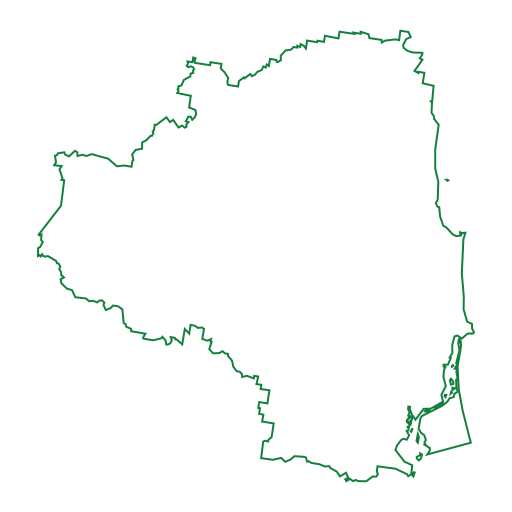 outline of Sunshine Coast, Queensland, Australia
{"feature_id": "25037944B96271376045080", "entity_name": "Sunshine Coast", "entity_type": "district", "adm_level": 2, "iso_a3": "AUS", "parent_name": "Australia", "parent_adm1": "Queensland", "projection": "albers", "projection_center": [153.027, -26.708], "detail": "fine", "context": "isolated", "style": "outline", "palette": "green", "viewbox_px": 512, "rotation_deg": 0, "n_neighbors": 0, "source": "geoboundaries", "source_scale": "gbopen_adm2", "svg_char_len": 5983}
<svg xmlns="http://www.w3.org/2000/svg" viewBox="0 0 512 512"><path d="M55.0,155.8L56.0,162.5L54.2,165.2L61.6,166.1L59.5,169.3L62.5,178.6L61.5,179.9L64.2,180.2L61.0,205.7L38.6,234.7L39.7,235.5L41.5,234.5L41.1,240.0L42.8,241.9L40.2,246.9L38.1,248.2L38.0,256.0L39.7,255.1L40.5,256.4L42.2,254.3L42.8,255.8L45.2,256.6L48.0,256.1L56.1,260.9L56.9,263.2L58.4,263.4L60.4,266.6L59.2,268.9L61.1,272.2L61.3,275.3L63.9,277.4L60.6,279.3L61.3,283.1L66.8,288.6L72.0,290.1L75.3,297.2L86.1,298.5L89.0,301.2L93.1,300.8L97.1,302.4L99.2,300.7L101.9,300.3L104.3,302.5L103.5,305.0L105.8,310.0L110.7,308.1L113.0,305.5L118.2,306.3L122.4,309.4L123.7,323.0L125.7,324.2L126.2,326.7L131.0,328.8L131.2,331.2L145.4,333.7L143.0,337.7L143.7,338.7L153.1,340.3L161.5,338.2L162.4,336.8L165.6,340.5L166.2,344.3L167.4,344.7L170.2,343.4L171.8,340.4L170.7,337.1L174.8,337.8L175.2,339.2L176.8,339.5L182.2,344.4L184.8,329.0L189.2,333.6L190.6,324.9L194.8,325.7L197.8,327.9L201.8,327.5L204.0,328.8L202.3,338.9L207.5,340.7L211.1,339.0L210.6,341.7L211.6,341.9L209.3,349.2L213.0,353.3L219.3,353.1L222.5,351.2L224.8,353.3L228.0,353.9L228.1,356.1L232.0,360.6L233.3,366.7L236.7,371.2L240.0,371.9L242.0,374.4L242.2,377.0L246.9,375.8L253.8,378.4L254.2,375.9L258.2,376.5L256.5,384.1L261.3,384.8L260.7,389.0L269.4,390.3L267.4,403.4L259.2,402.1L258.3,408.0L260.0,408.2L259.1,413.9L263.4,414.6L262.1,421.6L273.7,423.4L271.6,437.2L268.5,439.7L268.2,441.5L265.2,440.7L263.2,441.6L261.1,458.1L272.7,459.8L281.1,457.9L285.2,461.8L290.4,459.6L294.3,456.2L304.1,456.8L305.9,457.5L307.2,461.7L308.6,461.2L311.3,462.9L319.6,464.3L324.9,466.5L329.2,466.1L330.2,467.9L336.9,471.7L339.9,476.4L346.0,472.8L348.2,477.6L345.3,479.3L346.4,481.2L349.9,478.9L353.3,481.2L355.7,479.9L358.1,481.1L366.3,481.3L372.5,476.6L376.3,476.6L377.9,474.3L376.8,471.3L377.5,466.3L395.5,468.7L407.1,474.3L408.2,476.2L411.2,474.4L412.2,465.2L404.5,461.7L395.4,449.9L397.1,445.3L401.3,439.9L403.4,438.8L406.9,439.7L409.1,435.3L406.7,430.9L408.2,430.4L408.8,428.1L407.0,426.4L408.9,427.0L409.4,425.4L409.1,423.5L407.0,422.2L406.8,420.3L409.4,417.2L408.2,415.5L409.7,412.3L408.1,409.4L408.4,406.5L410.0,406.8L409.7,409.0L412.0,414.7L415.5,419.7L423.6,408.8L430.6,408.7L443.1,401.6L441.4,394.8L445.8,386.1L443.4,376.5L444.0,370.0L445.4,366.9L443.6,366.6L443.5,364.7L447.9,364.7L450.8,358.1L450.7,357.1L449.9,357.2L452.4,352.8L452.2,345.4L454.5,336.4L457.6,335.6L461.8,338.6L467.6,333.6L473.1,333.5L474.0,332.3L472.0,328.4L472.0,323.9L467.2,321.7L463.6,309.4L463.8,296.8L461.8,273.3L463.4,239.4L465.4,232.7L461.9,233.1L460.2,232.1L460.0,233.5L461.3,234.7L460.8,235.5L456.4,236.2L452.9,234.5L446.1,227.2L443.3,225.8L440.1,216.5L439.2,207.1L437.4,206.6L435.8,202.9L437.7,200.0L438.3,181.7L435.2,168.5L435.2,149.6L438.7,124.8L434.1,118.8L433.9,116.1L431.5,112.8L432.0,102.6L430.9,101.3L432.2,101.2L433.6,85.8L422.7,83.3L424.4,72.8L418.2,71.8L418.2,73.0L414.5,70.9L422.4,59.8L419.8,58.3L422.2,54.7L422.4,52.8L412.9,52.5L407.6,50.9L403.6,47.8L403.1,45.1L406.2,39.1L410.7,37.1L408.4,32.0L400.4,30.7L399.1,40.1L395.3,39.4L385.2,40.6L381.8,42.5L381.6,39.9L369.5,38.1L368.4,34.2L360.7,31.8L360.8,33.8L353.6,32.6L354.3,33.9L339.5,31.7L338.5,38.4L324.9,35.8L324.0,41.9L317.5,40.7L317.1,42.2L307.1,40.6L305.9,48.5L303.7,45.7L300.6,44.2L300.2,46.9L297.3,45.8L297.3,47.6L293.6,47.0L291.1,49.6L285.7,50.4L280.7,55.7L280.9,60.2L278.0,62.0L276.7,61.8L276.3,59.9L270.0,58.9L268.9,66.0L266.8,64.5L265.7,67.6L263.4,66.4L261.7,70.0L257.2,72.0L255.1,74.6L251.9,76.2L250.3,74.0L244.5,78.3L243.9,77.4L238.9,81.1L238.1,86.5L228.1,84.9L227.3,82.6L228.2,78.0L224.6,72.3L220.8,68.6L221.5,63.9L210.5,62.2L210.1,65.2L195.1,62.9L194.5,61.4L195.5,58.3L193.2,57.5L192.5,62.2L187.5,61.5L188.0,63.7L186.7,65.8L188.2,67.3L190.8,66.3L193.2,67.4L194.1,69.0L193.0,70.5L193.3,72.9L190.6,73.6L190.3,76.5L183.9,79.9L181.5,85.4L178.3,86.3L178.5,88.4L177.6,89.4L178.5,90.7L177.2,93.0L190.8,95.8L189.1,107.5L195.4,110.0L196.2,114.1L194.9,117.1L192.2,119.8L190.8,116.8L188.3,116.7L185.8,121.4L188.4,122.0L186.2,124.9L186.5,126.8L184.9,127.7L182.0,125.6L178.6,127.5L173.1,119.9L170.0,122.1L166.4,117.3L156.4,124.9L154.6,124.8L154.1,130.0L152.7,131.3L153.4,133.2L151.9,135.9L150.5,135.9L146.3,140.3L142.1,142.5L142.1,148.7L135.6,149.9L132.2,154.4L133.4,159.9L132.3,161.2L131.6,166.7L124.0,165.5L116.9,166.3L108.2,158.7L91.7,154.1L86.6,156.0L82.6,154.8L77.6,156.0L77.3,152.3L75.0,150.8L69.0,156.4L65.1,154.5L64.3,152.3L58.0,153.3L56.9,155.1L55.0,155.8ZM470.8,442.7L462.7,410.8L458.8,389.9L457.6,366.3L461.1,345.8L460.6,340.6L459.2,338.8L458.4,341.3L459.5,342.5L458.2,343.1L459.5,350.3L456.2,363.1L457.0,365.0L454.7,368.7L456.2,368.7L457.0,370.1L456.3,371.5L457.6,378.3L456.1,379.9L456.5,389.1L458.4,391.1L454.4,393.9L453.7,397.0L449.6,398.3L447.1,402.0L442.0,405.9L422.1,415.9L420.5,418.0L418.6,428.8L421.1,432.9L424.2,435.1L425.9,440.0L424.4,442.6L425.4,444.2L424.5,444.7L429.9,448.1L429.7,450.8L427.2,454.5L470.8,442.7ZM420.3,455.1L416.7,456.9L416.8,458.4L418.7,460.4L420.9,458.5L422.0,454.6L420.2,453.4L420.3,455.1ZM407.4,422.0L409.2,422.3L411.9,419.5L412.1,418.1L410.0,415.8L409.1,415.8L409.7,417.8L407.5,420.0L407.4,422.0ZM449.9,380.1L450.9,384.6L453.3,383.9L453.3,381.7L451.0,378.7L449.9,380.1ZM417.8,434.1L416.5,440.9L417.8,442.7L418.9,437.4L417.8,434.1ZM413.4,476.5L414.7,472.5L413.7,472.3L412.3,475.1L413.4,476.5ZM436.9,408.0L440.3,406.3L444.2,403.2L439.3,405.6L436.9,408.0ZM452.3,390.1L454.2,388.9L454.5,388.1L452.5,387.6L452.3,390.1ZM444.8,394.8L444.7,396.3L445.4,397.1L446.3,394.9L444.8,394.8ZM409.9,425.3L410.7,424.5L411.1,422.2L409.4,423.1L409.9,425.3ZM424.8,411.4L425.7,411.5L427.4,409.8L425.9,409.8L424.8,411.4ZM412.7,428.2L410.7,431.4L411.3,431.9L412.7,428.2ZM450.8,393.6L452.0,392.6L451.3,390.7L451.1,392.6L450.8,393.6ZM451.9,366.7L453.3,366.0L452.9,365.1L452.0,365.9L451.9,366.7ZM436.2,407.0L433.9,407.8L436.8,407.1L436.2,407.0ZM427.4,411.9L428.7,411.5L429.0,410.8L427.6,411.0L427.4,411.9ZM448.3,180.3L447.4,179.7L446.3,179.8L447.5,180.8L448.3,180.3Z" fill="none" stroke="#15803d" stroke-width="2"/></svg>